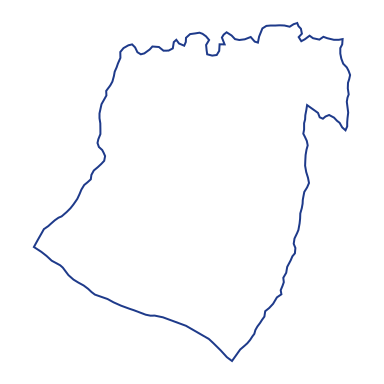 outline of Sud Mennucci, São Paulo, Brazil
{"feature_id": "56859067B35855045473957", "entity_name": "Sud Mennucci", "entity_type": "district", "adm_level": 2, "iso_a3": "BRA", "parent_name": "Brazil", "parent_adm1": "São Paulo", "projection": "mercator", "projection_center": [-50.887, -20.678], "detail": "fine", "context": "isolated", "style": "outline", "palette": "blue", "viewbox_px": 384, "rotation_deg": 0, "n_neighbors": 0, "source": "geoboundaries", "source_scale": "gbopen_adm2", "svg_char_len": 2721}
<svg xmlns="http://www.w3.org/2000/svg" viewBox="0 0 384 384"><path d="M132.1,44.4L128.4,45.3L123.5,48.1L120.3,52.0L120.4,57.9L117.9,63.6L116.6,67.4L114.7,71.7L113.9,76.1L112.4,81.6L110.3,85.4L106.2,90.9L106.4,95.5L103.7,100.3L101.5,104.2L99.5,113.4L99.5,118.2L100.3,123.3L100.4,129.8L100.4,134.1L98.3,139.3L97.5,143.0L98.9,147.0L102.2,150.0L103.7,152.9L105.1,156.1L104.2,160.8L101.2,164.0L98.0,167.0L93.8,170.5L91.4,174.9L90.8,179.3L87.4,182.4L84.2,185.0L81.4,189.6L79.5,194.2L77.3,198.9L73.5,204.4L70.5,208.2L66.6,212.1L61.6,216.4L58.5,217.7L54.8,220.3L50.8,223.8L48.3,226.1L43.9,229.1L42.3,232.0L37.8,239.9L33.9,247.0L41.4,251.9L46.5,255.9L51.7,260.7L60.2,265.3L62.8,267.6L66.0,271.9L68.5,275.2L73.5,279.6L78.4,282.6L83.7,285.5L88.2,288.9L91.6,292.1L94.9,294.6L107.5,299.0L113.5,302.3L121.1,305.7L129.6,308.8L133.8,310.2L145.7,314.7L150.6,315.7L154.7,315.6L162.9,317.3L186.0,325.8L208.9,339.0L213.4,343.2L220.7,350.4L226.9,357.2L232.0,361.0L240.2,349.5L244.4,345.9L247.4,343.2L250.2,339.8L252.4,336.4L254.3,333.9L255.4,330.0L257.4,326.5L260.1,322.9L262.0,319.9L264.4,316.6L265.2,311.2L269.2,308.0L273.1,303.8L276.9,297.4L281.4,294.3L280.7,290.2L282.5,285.9L283.8,282.2L283.3,277.8L286.2,272.8L287.2,266.9L290.7,260.3L292.4,256.3L294.9,253.3L295.4,248.0L293.7,243.8L294.5,238.5L297.1,233.1L298.4,230.0L299.6,223.4L300.1,218.7L300.3,213.4L301.8,208.1L302.6,203.7L302.8,199.8L303.5,196.0L304.3,191.9L307.1,187.4L309.0,183.0L308.0,177.8L306.2,172.0L305.1,165.7L305.3,160.6L305.6,155.0L306.5,149.7L307.7,145.4L306.8,140.9L304.9,136.8L303.3,133.7L304.1,129.5L304.1,123.2L305.1,119.4L305.3,115.3L306.3,110.1L307.1,105.1L318.0,112.9L319.7,117.3L322.9,118.7L325.5,116.5L329.1,115.0L334.0,117.6L337.0,120.8L339.6,122.8L342.2,127.4L345.5,130.3L347.2,126.4L347.2,122.3L347.5,118.3L348.2,112.6L347.5,107.2L346.8,101.7L347.5,97.6L348.7,94.4L347.8,88.4L348.0,82.8L349.2,79.1L350.1,75.0L348.6,70.9L346.8,67.4L343.2,63.7L341.3,58.6L340.3,53.6L340.3,48.1L342.2,44.4L342.6,39.1L338.8,39.8L333.9,39.8L327.2,38.2L323.4,36.8L319.4,39.6L313.0,38.2L309.6,35.7L304.8,39.3L301.3,41.2L298.7,37.1L301.9,33.7L300.9,28.7L298.5,26.2L297.2,23.0L293.6,24.2L289.7,26.7L284.4,25.5L279.7,25.3L275.9,25.5L270.9,25.5L266.4,25.9L262.4,28.4L259.1,36.6L257.9,42.6L254.7,41.6L250.7,37.0L244.8,39.3L239.3,40.0L235.0,39.1L231.6,35.5L226.6,32.3L223.7,34.6L221.9,37.5L224.6,44.4L219.6,44.3L219.2,50.9L216.7,55.0L212.2,55.6L207.2,54.3L206.6,50.1L206.1,45.0L209.1,40.0L206.0,36.3L202.5,33.8L199.5,32.7L195.3,33.4L190.1,34.1L186.0,37.8L185.8,42.0L184.2,45.7L179.0,43.5L176.3,39.8L173.8,42.1L172.8,48.4L168.6,50.6L163.5,50.7L158.9,47.0L152.4,46.5L149.7,49.5L144.3,53.4L140.8,54.3L137.4,52.2L135.1,47.4L132.1,44.4Z" fill="none" stroke="#1e3a8a" stroke-width="2"/></svg>